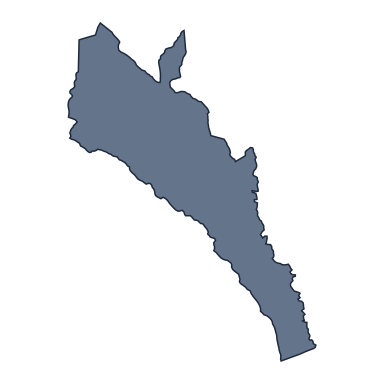 Rio de Contas, Bahia, Brazil (orthographic projection)
{"feature_id": "56859067B14816521084230", "entity_name": "Rio de Contas", "entity_type": "district", "adm_level": 2, "iso_a3": "BRA", "parent_name": "Brazil", "parent_adm1": "Bahia", "projection": "orthographic", "projection_center": [-41.715, -13.627], "detail": "fine", "context": "isolated", "style": "filled", "palette": "slate", "viewbox_px": 384, "rotation_deg": 0, "n_neighbors": 0, "source": "geoboundaries", "source_scale": "gbopen_adm2", "svg_char_len": 5786}
<svg xmlns="http://www.w3.org/2000/svg" viewBox="0 0 384 384"><path d="M100.3,23.0L97.9,27.2L95.5,35.0L82.5,38.8L79.1,39.9L78.3,71.8L76.5,73.0L75.9,74.8L76.1,76.4L76.3,78.1L76.0,79.8L74.9,80.9L74.3,82.5L74.4,84.2L74.7,86.6L73.4,88.2L70.9,89.8L69.9,91.3L70.0,93.1L71.2,94.1L72.5,95.8L71.7,97.5L70.4,98.4L69.3,99.8L68.5,101.9L68.1,105.1L68.4,107.7L69.0,110.6L69.1,112.6L68.9,114.4L68.5,117.2L72.0,118.5L73.5,119.0L75.4,119.8L77.1,121.9L75.4,124.0L73.6,125.5L73.0,127.3L71.7,128.5L70.9,129.9L70.2,131.8L69.9,133.3L70.6,134.8L70.9,136.4L69.8,138.1L71.8,139.3L74.3,139.9L76.1,141.0L77.7,142.2L79.4,143.1L80.6,146.0L83.2,147.3L85.1,148.6L86.6,150.3L88.0,151.6L89.5,152.5L91.0,152.3L92.3,151.0L94.5,151.1L96.2,150.4L97.7,149.3L99.5,149.7L101.5,150.1L104.2,151.3L106.1,151.9L107.8,152.9L109.1,153.8L110.8,154.2L112.3,155.5L113.7,156.2L115.9,156.6L117.6,157.2L118.4,158.7L119.6,159.9L121.3,160.4L123.1,161.6L124.6,162.4L126.3,164.0L127.3,165.7L129.4,166.9L129.7,169.5L130.6,171.1L132.4,173.0L134.2,174.5L135.7,176.2L136.7,177.6L137.7,178.8L139.0,179.7L140.8,180.6L142.5,181.3L144.4,182.8L146.2,184.1L148.2,183.4L150.1,183.5L151.5,184.9L152.4,187.5L154.0,189.4L154.6,191.4L155.0,194.0L155.6,195.5L156.9,196.6L159.5,198.0L161.0,198.7L163.1,197.2L165.4,198.5L167.1,200.0L168.5,201.8L169.4,203.2L171.1,205.2L172.7,206.9L174.0,208.3L175.7,209.9L177.7,211.0L179.2,211.2L180.7,210.7L182.2,210.3L184.1,212.3L184.7,214.6L185.7,215.7L188.1,215.7L190.3,215.7L191.5,216.7L192.6,218.0L194.3,220.0L196.3,220.2L198.3,221.0L199.4,222.4L200.7,223.5L202.6,223.7L203.8,225.1L205.1,226.9L207.2,229.6L208.3,232.0L207.7,234.1L209.0,235.3L210.3,237.1L212.2,237.8L214.4,238.3L215.6,240.1L214.7,241.5L213.7,242.9L213.9,244.9L214.5,246.4L214.6,248.5L213.8,250.7L215.8,252.2L217.6,254.1L218.7,255.5L220.7,257.7L223.0,259.2L225.2,260.0L226.9,260.2L228.2,260.9L229.6,262.0L231.0,263.1L231.7,264.7L231.6,267.1L232.7,269.4L234.1,270.8L235.3,271.7L237.0,273.0L238.7,274.3L239.3,276.8L240.0,279.5L239.4,281.3L240.0,282.8L241.2,284.1L242.7,285.0L244.1,286.1L245.7,287.3L246.8,288.9L248.0,289.8L250.0,290.7L250.7,292.1L251.3,293.7L252.3,295.1L253.2,296.5L254.3,297.9L255.4,299.2L257.0,301.2L258.5,303.4L259.4,305.3L260.1,306.8L260.6,309.2L260.5,311.3L262.4,312.9L263.8,314.6L265.2,315.2L267.0,315.8L268.5,317.0L270.0,318.3L271.3,319.8L272.2,321.6L272.6,323.9L273.7,325.7L274.6,327.8L275.3,330.3L275.8,332.4L276.4,334.1L276.7,335.9L276.9,337.9L277.0,339.6L277.5,341.8L277.9,343.8L278.3,345.8L278.9,348.0L279.2,350.3L279.7,352.1L280.7,354.5L280.9,356.8L280.6,359.1L281.1,361.0L299.9,354.1L306.5,351.2L311.8,349.2L313.4,348.6L315.1,347.5L315.9,345.1L313.4,343.7L312.8,341.1L311.7,339.9L310.0,340.2L308.9,339.0L309.8,336.4L309.6,334.8L308.4,333.1L308.0,331.3L308.3,329.2L307.1,328.0L306.8,325.3L306.9,322.4L304.7,322.1L302.7,320.9L304.3,320.3L303.6,318.4L303.4,315.8L304.9,314.3L303.2,312.3L301.6,310.9L302.6,309.8L304.0,308.9L303.6,307.0L303.4,304.4L303.1,302.8L301.6,301.3L299.1,300.8L297.9,299.1L300.1,297.7L298.6,295.7L300.0,293.2L298.4,292.4L296.4,291.7L294.3,291.1L292.9,289.4L291.8,287.8L290.7,286.4L290.4,284.8L290.8,282.9L292.9,280.7L292.2,278.6L293.0,277.0L295.2,276.4L295.4,274.9L292.4,274.6L290.6,273.4L290.0,272.0L292.0,269.9L290.6,268.1L289.8,266.2L288.3,264.2L286.0,264.8L284.0,264.9L281.9,264.6L280.4,263.5L277.7,263.1L275.4,262.1L274.1,260.8L272.3,258.6L273.5,257.0L273.9,255.4L273.5,253.2L273.3,251.0L271.8,248.8L271.7,246.4L270.5,244.6L267.6,244.4L265.7,243.9L266.4,242.3L266.6,240.4L267.1,238.6L267.0,236.2L264.9,236.1L262.7,238.0L261.8,236.4L260.5,234.5L262.2,231.7L264.1,230.0L263.8,227.9L263.6,225.3L262.0,223.0L261.4,221.2L259.5,219.6L258.7,217.5L257.7,216.1L257.5,214.5L257.7,212.6L257.3,211.1L256.3,209.6L257.0,207.3L257.3,205.0L257.4,202.9L254.4,201.7L254.4,199.7L257.0,199.4L256.8,197.2L256.1,194.0L254.6,192.8L252.5,192.4L252.1,190.7L254.2,191.0L256.4,191.6L258.2,191.1L258.1,189.4L257.5,187.0L257.2,184.0L258.3,181.9L257.3,179.4L257.2,177.6L255.9,176.6L254.0,175.9L252.8,174.4L253.4,172.6L253.9,170.7L255.7,168.9L256.7,166.3L256.5,164.1L255.7,162.0L255.1,159.6L256.2,157.1L255.0,155.8L254.7,154.2L253.5,151.9L253.3,149.3L252.6,147.9L250.4,147.5L248.6,149.1L247.0,150.1L245.4,151.7L245.3,153.4L245.4,155.7L235.4,161.6L234.6,159.3L232.8,158.5L231.6,157.2L230.4,156.0L229.7,154.5L230.4,152.7L229.9,150.4L229.4,149.0L228.7,147.5L227.2,145.3L226.7,143.3L225.6,141.6L224.1,139.2L210.8,135.6L210.4,133.4L209.9,131.7L209.2,129.4L208.5,127.2L208.4,125.4L207.9,122.8L208.1,120.6L207.9,118.8L207.8,116.3L207.4,113.9L209.0,112.3L208.1,109.9L206.7,107.7L205.1,106.1L203.3,104.0L201.3,101.8L198.4,101.3L195.7,99.2L193.0,98.4L191.1,96.5L190.0,94.5L188.3,93.8L186.6,93.1L185.0,91.8L182.8,91.5L180.9,91.5L178.3,92.5L176.8,92.7L175.1,92.6L174.1,90.9L172.4,89.2L170.5,87.3L170.0,85.2L169.7,82.5L171.0,80.5L172.9,79.4L175.8,78.8L177.8,77.8L179.6,77.7L180.6,76.5L180.2,75.1L179.9,73.2L179.4,71.3L179.5,69.5L179.5,67.1L180.8,65.8L181.8,64.5L181.8,62.4L182.5,60.5L182.8,58.9L183.2,57.4L184.5,55.7L185.6,53.8L186.1,51.9L185.6,49.6L184.0,30.5L182.1,31.6L180.9,33.3L180.4,35.2L179.2,36.8L177.9,37.7L177.6,39.4L176.0,41.1L174.3,42.9L173.7,45.7L171.3,47.6L168.7,48.0L165.8,49.1L165.0,50.5L164.5,52.6L162.9,54.2L161.7,55.1L160.6,56.2L160.5,58.8L158.9,60.2L158.7,62.5L159.1,65.0L159.5,67.0L159.9,69.2L160.3,72.1L160.4,74.6L160.5,76.4L160.3,78.4L160.4,80.2L160.0,82.5L157.6,82.3L155.3,80.9L153.3,78.8L152.3,76.9L150.1,75.9L149.2,74.6L147.6,74.0L146.1,72.7L145.0,71.1L143.3,70.5L141.7,69.9L140.1,68.5L138.8,67.4L137.6,66.3L136.5,65.3L135.8,63.7L134.8,61.8L133.2,60.4L131.4,59.1L130.3,58.0L128.9,56.8L127.6,55.8L125.8,54.5L124.3,53.7L122.8,52.9L120.7,51.9L118.7,50.0L118.2,46.7L118.6,44.4L119.7,42.1L118.6,40.3L117.3,38.8L115.6,37.1L114.1,35.5L112.9,34.1L112.1,32.4L100.3,23.0Z" fill="#64748b" stroke="#1e293b" stroke-width="1.5"/></svg>